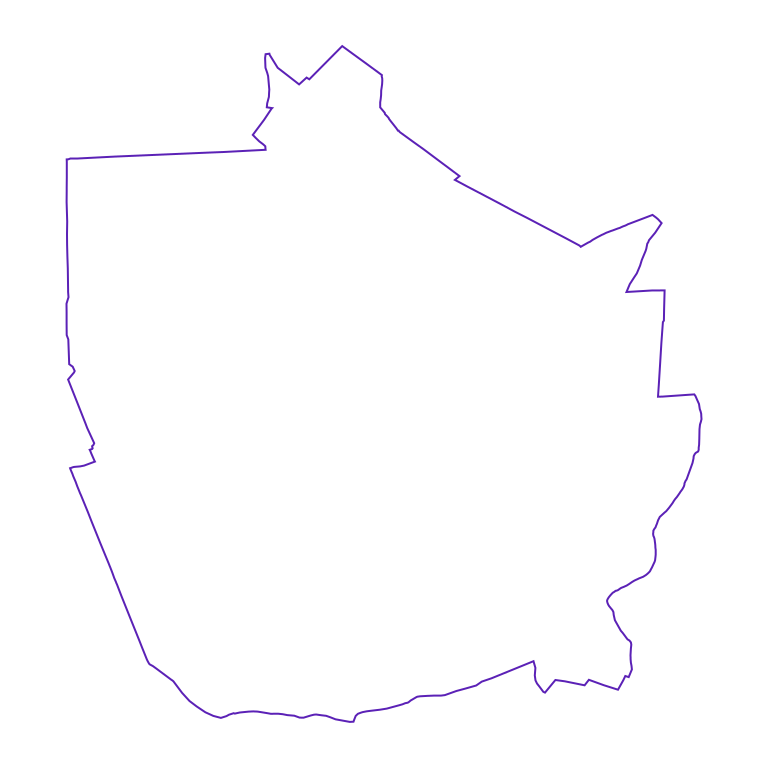 the district of PIR, Satu Mare, Romania
{"feature_id": "2599482B75880173618768", "entity_name": "PIR", "entity_type": "district", "adm_level": 2, "iso_a3": "ROU", "parent_name": "Romania", "parent_adm1": "Satu Mare", "projection": "natural_earth1", "projection_center": [22.392, 47.465], "detail": "fine", "context": "isolated", "style": "outline", "palette": "violet", "viewbox_px": 768, "rotation_deg": 0, "n_neighbors": 0, "source": "geoboundaries", "source_scale": "gbopen_adm2", "svg_char_len": 5397}
<svg xmlns="http://www.w3.org/2000/svg" viewBox="0 0 768 768"><path d="M628.7,677.1L631.9,669.4L631.5,665.8L630.9,662.7L630.6,659.1L630.6,657.6L630.5,655.3L630.9,648.5L631.3,644.7L631.1,643.5L630.9,642.4L630.3,641.6L629.5,640.6L628.8,640.1L627.9,639.6L627.6,639.4L627.0,638.7L622.7,632.9L620.8,630.7L614.9,620.2L613.7,614.9L613.5,612.9L613.4,612.1L613.1,611.4L612.2,609.8L611.2,608.7L610.5,607.8L609.6,606.7L609.1,606.1L608.2,604.6L607.5,602.9L607.1,601.3L607.1,600.5L607.5,599.4L608.7,597.4L610.3,595.4L612.3,593.2L613.1,592.5L613.5,592.3L614.4,591.8L615.2,591.1L615.6,590.8L616.5,590.7L618.0,590.1L620.5,588.3L621.4,587.8L623.2,587.1L624.4,586.6L625.0,586.3L626.6,585.6L629.3,583.9L631.9,582.1L634.2,580.7L635.6,580.0L637.6,579.1L639.0,578.4L641.8,577.3L643.3,576.7L644.5,575.9L645.7,575.2L647.2,574.0L648.2,573.1L649.4,571.9L649.9,571.3L650.4,570.5L650.7,569.7L651.0,569.2L652.0,567.4L653.8,563.5L654.6,561.8L655.1,560.2L655.3,558.4L655.5,556.7L655.7,554.6L655.7,553.2L655.7,551.5L655.7,549.9L655.4,547.7L655.3,545.2L655.1,543.3L654.9,541.9L654.7,540.2L654.4,538.4L653.9,536.9L653.4,535.9L653.1,533.9L653.3,532.4L653.4,530.6L654.0,529.5L654.5,528.7L655.5,527.4L656.1,525.7L657.0,523.6L657.5,522.0L658.1,520.2L659.0,518.5L659.8,516.9L664.4,512.7L666.2,511.2L669.2,507.6L672.6,503.0L673.8,501.0L674.7,499.7L675.2,499.0L676.9,497.0L679.7,493.0L680.5,491.7L681.2,490.8L682.3,489.3L683.8,486.6L684.4,484.7L684.5,483.3L685.7,480.6L686.5,479.6L687.1,478.0L687.6,476.6L692.5,463.0L693.5,458.5L693.7,456.2L694.6,454.3L695.7,452.9L698.1,451.5L698.7,449.8L698.7,447.7L699.1,444.8L699.2,441.9L699.3,438.9L699.5,429.1L700.0,424.5L700.9,421.7L701.5,419.1L701.3,416.4L701.2,413.8L700.6,411.4L699.8,409.2L699.5,407.3L699.0,404.0L697.2,400.0L695.5,396.1L694.3,394.4L688.2,394.8L662.5,396.6L658.0,396.7L658.8,385.0L660.2,362.4L661.4,342.7L662.9,322.1L663.9,320.6L664.1,309.4L664.6,290.4L651.6,290.5L626.5,292.0L629.8,284.1L634.2,277.3L636.8,273.4L637.4,272.0L640.1,265.6L641.8,260.0L645.6,250.9L646.3,248.7L647.3,243.6L648.2,242.3L649.0,240.2L655.2,232.7L661.6,223.1L658.1,219.3L656.0,217.5L652.5,214.9L651.0,215.5L644.7,217.9L629.4,223.7L628.0,224.2L626.9,224.8L625.5,225.5L623.0,226.4L621.2,227.2L619.8,227.9L618.1,228.4L612.5,230.5L611.2,230.9L608.1,232.1L606.4,232.7L604.8,233.5L603.2,234.3L602.0,234.8L597.2,237.3L592.6,239.9L590.1,241.7L588.3,242.5L580.7,246.8L580.1,246.1L579.2,245.4L566.5,238.6L546.7,228.2L527.1,217.9L514.5,211.5L501.7,204.6L474.5,190.3L466.3,186.0L454.9,179.9L459.5,176.1L453.2,171.4L442.5,163.4L423.8,149.4L414.0,142.4L399.8,132.1L398.6,130.6L398.0,130.7L396.3,128.2L390.6,121.0L389.1,119.0L388.6,117.9L387.2,116.3L385.1,114.2L384.8,113.5L384.8,112.9L380.2,107.4L380.2,102.3L380.7,99.0L381.1,95.1L381.2,90.5L381.7,87.2L382.1,84.2L382.3,80.6L382.2,78.2L381.7,76.4L381.9,75.1L368.3,65.1L342.2,46.1L309.3,79.3L306.6,77.6L299.1,84.4L288.2,75.9L277.7,67.8L269.7,54.9L269.4,53.7L265.6,54.2L265.1,58.0L265.4,66.3L265.5,67.9L267.2,72.8L268.1,76.1L269.3,89.6L269.1,92.4L268.9,96.9L267.9,100.7L267.2,103.3L266.8,107.3L272.1,108.1L271.5,108.7L267.5,114.7L264.1,119.8L257.9,128.1L252.8,134.9L255.9,138.1L259.3,141.4L262.9,144.1L264.5,145.5L265.3,146.3L265.5,149.1L265.6,149.8L223.7,152.0L208.2,152.6L168.6,154.3L114.6,156.6L77.8,158.5L70.3,158.5L70.0,158.7L68.3,159.3L66.7,159.4L66.8,161.9L66.8,177.3L66.7,187.3L66.7,191.1L66.6,202.0L67.2,221.6L67.0,234.1L67.1,244.8L67.4,256.6L67.8,268.5L68.1,289.3L68.1,291.9L68.5,297.2L67.5,300.4L66.5,303.7L66.6,312.1L66.6,323.6L66.7,335.1L68.3,339.4L69.2,364.2L72.7,366.7L74.7,371.0L74.0,372.5L68.1,379.5L77.7,403.7L85.5,423.5L87.2,428.0L94.2,443.2L93.5,444.8L93.0,445.4L92.2,446.0L92.1,446.8L92.4,447.4L92.6,448.4L92.1,449.0L90.9,449.4L89.7,449.8L90.4,451.2L91.2,453.3L94.6,461.1L94.9,461.6L84.1,465.6L80.1,466.4L74.4,466.9L73.3,467.1L71.9,467.6L70.5,468.1L70.1,468.2L70.4,469.1L71.4,471.5L72.4,473.8L73.2,476.1L74.3,478.7L75.6,481.7L77.3,486.4L77.8,487.6L79.5,491.8L80.0,493.1L80.7,494.6L81.5,496.5L87.9,512.1L91.7,521.8L100.2,542.9L105.3,555.3L107.5,560.6L108.7,563.5L109.8,566.3L110.2,567.2L110.8,568.8L111.3,570.0L112.4,572.9L113.8,576.8L114.1,577.7L114.3,578.2L116.0,582.1L116.3,583.0L117.0,584.5L118.8,589.2L121.5,596.2L131.4,620.9L139.5,641.0L141.9,647.1L146.8,659.3L147.6,661.0L148.6,662.8L149.1,663.7L149.8,664.4L151.8,665.5L152.4,665.8L153.2,666.3L156.9,669.0L160.1,671.4L171.1,679.6L172.3,680.4L173.4,681.3L182.1,692.9L189.5,701.0L196.6,706.4L205.4,712.3L209.4,714.1L213.3,715.9L220.9,717.9L226.5,716.1L229.0,714.7L233.7,713.2L234.8,713.6L239.8,712.5L248.8,711.6L253.3,711.4L255.5,711.5L257.7,711.6L261.4,712.2L267.5,713.2L270.8,713.8L277.9,713.7L282.7,714.2L287.3,715.1L294.3,715.7L299.6,717.6L303.5,717.7L310.7,715.5L313.9,714.7L316.1,714.5L321.7,715.3L326.1,715.8L330.4,717.3L335.5,719.3L349.8,721.9L353.5,721.7L354.2,719.7L355.7,715.9L357.9,713.8L360.8,712.7L362.7,712.1L366.8,711.3L369.9,710.9L380.0,709.7L386.8,708.6L399.0,705.3L402.5,704.3L405.2,703.2L407.7,702.7L408.6,702.2L410.8,700.4L411.0,700.3L412.2,699.6L416.6,697.0L417.4,696.7L420.0,696.3L427.0,695.9L434.0,695.6L441.0,695.6L444.9,695.1L456.4,691.0L465.3,688.6L476.2,685.5L481.8,681.6L491.5,678.3L533.5,661.2L535.4,667.9L534.8,675.4L535.5,680.4L537.0,683.5L539.5,686.7L543.3,691.8L545.0,692.6L555.4,680.0L564.8,681.3L577.2,683.8L584.6,685.3L588.9,679.8L603.8,685.2L611.7,687.7L618.0,689.7L623.3,680.2L625.3,676.0L628.7,677.1Z" fill="none" stroke="#5b21b6" stroke-width="2"/></svg>